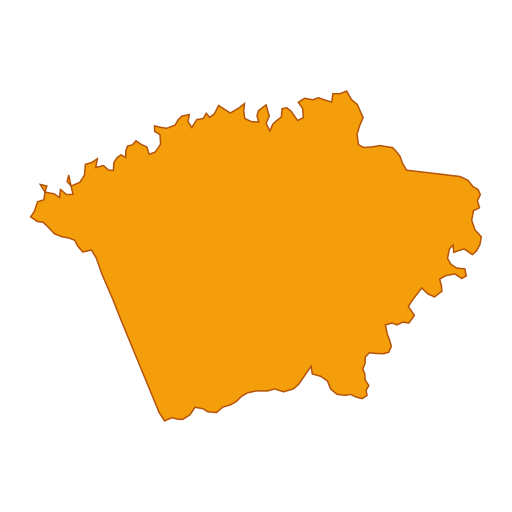 Bom Sucesso, Paraná, Brazil
{"feature_id": "56859067B82332845062276", "entity_name": "Bom Sucesso", "entity_type": "district", "adm_level": 2, "iso_a3": "BRA", "parent_name": "Brazil", "parent_adm1": "Paraná", "projection": "orthographic", "projection_center": [-51.824, -23.716], "detail": "fine", "context": "isolated", "style": "filled", "palette": "amber", "viewbox_px": 512, "rotation_deg": 0, "n_neighbors": 0, "source": "geoboundaries", "source_scale": "gbopen_adm2", "svg_char_len": 2598}
<svg xmlns="http://www.w3.org/2000/svg" viewBox="0 0 512 512"><path d="M45.0,192.1L43.9,199.8L37.6,201.8L34.4,211.2L30.7,216.9L37.3,221.5L42.9,222.2L46.6,225.5L54.5,233.8L61.7,236.7L69.0,238.0L74.9,240.4L77.4,245.7L82.8,252.0L91.4,250.0L96.2,257.8L102.2,274.8L112.8,299.3L120.5,318.8L131.7,346.0L159.2,412.6L164.6,420.9L172.0,417.7L177.6,419.2L182.8,419.4L190.0,414.8L195.0,407.3L203.1,408.7L207.6,411.7L216.4,412.6L222.7,407.1L230.1,405.0L236.4,401.5L241.4,396.4L247.4,392.9L256.2,390.9L267.8,390.9L274.6,388.9L283.6,391.8L293.4,388.9L298.6,384.3L311.1,366.2L312.3,373.9L320.7,376.3L327.4,380.9L330.8,389.2L337.2,394.4L345.6,395.3L350.6,394.4L355.9,397.0L362.1,398.6L367.0,395.5L366.1,390.1L368.8,385.7L365.1,379.7L364.8,373.9L362.8,369.0L365.1,363.3L365.3,356.9L369.3,352.8L376.6,353.5L383.5,353.7L388.6,352.3L391.4,346.3L389.2,339.1L387.3,334.1L385.4,324.9L392.3,323.0L396.8,324.9L402.9,322.1L408.9,323.0L414.4,315.4L408.3,306.5L413.0,299.3L418.2,292.6L421.8,288.0L427.7,293.8L434.5,296.9L441.9,291.2L441.4,285.3L439.6,279.2L445.9,275.6L454.8,273.9L461.7,278.5L466.2,275.9L464.9,269.0L456.5,268.0L451.1,264.4L447.5,258.6L449.4,248.9L453.1,245.1L453.8,252.4L458.3,250.7L464.1,248.9L472.3,254.6L476.5,250.9L479.9,244.6L481.3,236.8L475.0,229.9L471.7,220.4L473.4,210.8L479.5,207.7L477.4,200.7L480.3,194.6L478.1,189.6L472.9,186.5L467.9,180.3L460.1,176.5L406.6,170.2L402.6,163.6L400.0,156.3L396.6,151.9L392.6,147.6L380.0,145.6L370.5,147.1L363.4,147.4L358.5,144.7L357.0,134.4L359.4,126.3L363.1,117.6L357.3,104.4L351.4,99.5L346.7,91.1L339.9,93.7L332.9,93.7L331.7,102.1L325.0,100.1L318.4,97.7L312.9,99.8L304.5,98.3L298.3,102.3L302.6,108.4L303.4,117.6L297.6,120.5L290.9,111.0L286.8,107.8L282.1,108.7L281.3,117.0L276.4,120.9L272.7,124.3L269.9,131.0L266.1,123.4L269.3,115.9L267.8,111.0L266.1,104.9L258.5,110.6L257.0,115.7L258.8,122.0L251.6,121.7L244.7,118.5L243.7,110.6L244.5,103.6L238.3,108.4L230.3,113.0L224.2,109.1L218.6,105.5L214.5,113.7L209.7,117.4L206.3,113.3L203.3,118.5L196.8,119.6L191.8,127.5L188.0,121.7L189.3,114.5L181.7,116.2L178.0,120.0L175.1,125.1L166.6,128.3L159.8,127.2L154.5,125.9L154.7,131.4L160.0,134.6L160.6,144.2L155.3,152.0L149.2,154.3L146.9,147.1L141.3,144.5L136.0,140.8L132.3,145.0L127.6,146.0L125.7,151.1L125.7,157.5L121.0,154.8L117.0,157.8L113.9,162.6L113.4,170.4L108.5,170.1L103.5,165.6L95.7,167.5L97.4,158.7L92.4,162.1L85.4,164.4L84.5,175.1L79.9,182.3L71.1,186.1L73.0,194.4L66.6,194.6L60.5,189.5L59.5,197.6L54.3,193.9L45.0,192.1ZM45.0,192.1L46.8,186.0L40.3,184.5L45.0,192.1ZM71.1,186.1L68.7,175.1L67.1,181.5L71.1,186.1Z" fill="#f59e0b" stroke="#b45309" stroke-width="1.5"/></svg>